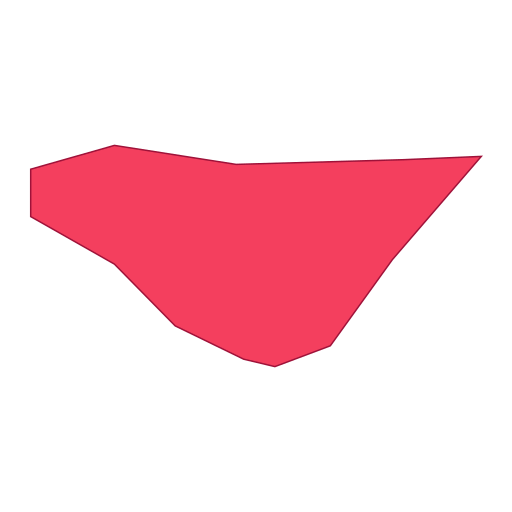 the district of Oxelösund, Södermanland, Sweden
{"feature_id": "70781695B16692343242132", "entity_name": "Oxelösund", "entity_type": "district", "adm_level": 2, "iso_a3": "SWE", "parent_name": "Sweden", "parent_adm1": "Södermanland", "projection": "equal_earth", "projection_center": [17.078, 58.693], "detail": "fine", "context": "isolated", "style": "filled", "palette": "rose", "viewbox_px": 512, "rotation_deg": 0, "n_neighbors": 0, "source": "geoboundaries", "source_scale": "gbopen_adm2", "svg_char_len": 286}
<svg xmlns="http://www.w3.org/2000/svg" viewBox="0 0 512 512"><path d="M481.3,156.4L403.4,159.7L236.1,164.4L114.4,145.4L30.7,169.2L30.7,216.6L114.4,264.1L175.2,325.9L243.7,359.2L274.9,366.6L330.3,345.8L392.4,259.6L481.3,156.4Z" fill="#f43f5e" stroke="#9f1239" stroke-width="1.5"/></svg>